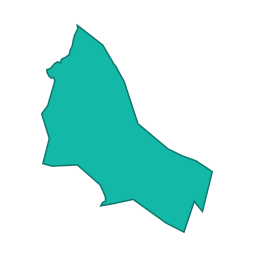 the district of Pau dos Ferros, Rio Grande do Norte, Brazil, rotated 15°
{"feature_id": "56859067B96737558006709", "entity_name": "Pau dos Ferros", "entity_type": "district", "adm_level": 2, "iso_a3": "BRA", "parent_name": "Brazil", "parent_adm1": "Rio Grande do Norte", "projection": "natural_earth1", "projection_center": [-38.202, -6.103], "detail": "fine", "context": "isolated", "style": "filled", "palette": "teal", "viewbox_px": 256, "rotation_deg": 15, "n_neighbors": 0, "source": "geoboundaries", "source_scale": "gbopen_adm2", "svg_char_len": 737}
<svg xmlns="http://www.w3.org/2000/svg" viewBox="0 0 256 256"><g transform="rotate(15 128 128)"><path d="M34.5,92.6L35.5,95.4L38.6,98.6L41.1,99.7L43.1,98.3L45.2,101.7L44.7,127.2L41.0,136.6L43.1,140.1L54.7,158.5L55.0,184.4L64.4,184.5L88.7,176.8L98.7,181.7L115.8,190.2L119.7,194.7L124.1,200.6L125.2,204.4L122.7,206.5L121.8,210.3L134.4,204.4L151.4,195.6L189.6,210.0L209.0,214.1L211.0,181.8L221.5,189.4L220.7,148.4L202.5,142.2L186.8,140.8L171.9,137.8L136.5,121.3L119.2,94.8L112.4,84.3L103.0,74.5L100.9,72.1L97.9,70.0L82.1,54.4L52.4,41.9L53.8,45.1L52.4,52.2L52.4,57.1L52.9,63.4L52.0,67.8L52.3,72.1L49.8,75.5L45.9,78.9L46.1,82.4L42.9,82.3L40.2,85.1L39.2,87.5L37.3,90.9L34.5,92.6Z" fill="#14b8a6" stroke="#0f766e" stroke-width="1.5"/></g></svg>